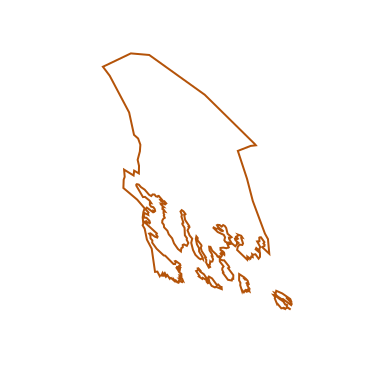 Osen nor, Sør-Trøndelag, Norway (Natural Earth projection), rotated 231°
{"feature_id": "86288312B40278854732862", "entity_name": "Osen nor", "entity_type": "district", "adm_level": 2, "iso_a3": "NOR", "parent_name": "Norway", "parent_adm1": "Sør-Trøndelag", "projection": "natural_earth1", "projection_center": [10.507, 64.296], "detail": "fine", "context": "isolated", "style": "outline", "palette": "amber", "viewbox_px": 384, "rotation_deg": 231, "n_neighbors": 0, "source": "geoboundaries", "source_scale": "gbopen_adm2", "svg_char_len": 6084}
<svg xmlns="http://www.w3.org/2000/svg" viewBox="0 0 384 384"><g transform="rotate(231 192 192)"><path d="M345.4,201.6L334.1,201.2L293.4,193.2L272.9,182.9L267.5,183.8L261.2,181.6L256.4,177.1L251.2,170.0L245.7,167.3L239.9,162.4L245.0,160.5L241.6,157.0L252.1,153.3L246.1,149.2L244.6,146.7L238.3,141.2L220.5,144.6L209.1,144.9L207.1,141.7L203.3,137.7L198.0,134.2L197.2,132.7L193.2,132.1L183.4,127.0L173.3,125.0L153.2,113.0L151.9,115.0L147.0,114.0L147.3,114.6L146.3,115.7L147.4,117.8L145.0,116.9L144.4,118.1L144.9,118.5L142.5,118.3L142.7,119.2L146.0,119.0L146.2,119.9L144.1,119.5L143.3,119.9L143.2,120.6L139.4,120.2L139.7,120.6L138.3,121.0L138.3,121.6L134.7,122.2L135.5,122.8L132.8,122.8L132.5,123.2L134.6,123.7L131.1,123.7L130.0,124.4L130.2,125.0L132.0,125.4L130.8,125.5L131.3,126.1L127.4,128.0L129.0,127.9L128.6,128.5L130.1,128.7L128.7,129.1L130.6,129.7L131.4,129.2L131.5,128.1L132.6,127.8L132.3,128.2L132.8,128.4L131.9,128.7L132.4,129.8L135.1,130.0L134.3,131.0L133.5,131.0L135.1,132.2L137.3,131.6L139.1,131.7L138.1,132.0L139.2,132.7L140.0,132.5L139.7,132.0L142.7,132.2L142.6,132.8L143.2,133.3L142.7,133.9L138.6,132.9L139.9,134.4L141.0,134.3L140.7,135.5L142.6,135.7L142.4,136.9L143.6,137.3L148.7,135.9L148.9,135.3L147.8,135.3L146.6,133.5L147.6,132.3L159.4,131.1L160.5,130.1L170.1,128.8L177.7,129.2L179.3,130.7L182.0,130.6L184.4,132.3L186.6,132.5L186.0,133.7L180.7,135.0L178.5,136.3L179.0,137.2L181.4,137.4L181.9,138.6L197.8,136.2L198.7,136.7L198.1,138.1L196.1,138.2L195.8,139.0L194.4,139.3L194.5,140.0L196.5,140.8L200.6,140.4L202.4,138.4L203.0,138.5L203.4,139.6L204.5,139.4L205.2,142.0L201.8,143.6L202.9,144.1L203.4,145.3L207.2,145.0L208.0,145.6L208.3,147.1L200.7,149.0L200.5,149.5L201.6,150.1L200.4,150.7L200.4,151.4L202.3,152.3L204.5,152.4L206.4,151.0L208.6,151.2L210.0,152.4L209.0,153.3L212.0,153.6L217.8,152.4L218.9,150.7L231.9,152.7L232.8,153.4L232.8,154.1L231.2,155.3L228.0,155.4L223.6,156.7L216.8,156.9L214.5,157.8L214.9,159.8L213.6,161.3L211.4,161.2L210.0,162.2L210.3,163.2L209.9,163.7L205.3,163.8L205.6,163.3L204.8,162.9L205.4,162.4L204.0,162.3L202.3,164.7L199.3,164.8L199.3,163.4L200.4,163.4L200.3,162.8L201.6,162.4L201.3,161.9L202.4,160.7L201.6,160.8L201.7,160.1L198.4,160.5L199.1,159.9L197.4,158.3L196.8,158.5L197.1,158.9L193.8,158.7L195.0,157.9L193.4,156.5L191.8,156.1L191.3,155.1L189.1,154.6L189.3,153.1L188.6,151.1L186.9,149.5L184.4,149.5L182.1,148.1L177.4,148.5L173.7,147.3L168.5,147.4L163.4,145.7L156.6,145.2L152.8,146.0L155.0,148.3L154.8,150.0L156.7,151.5L156.3,152.8L153.4,154.1L154.7,157.1L158.2,157.8L159.3,159.0L162.8,159.2L168.9,163.7L172.9,164.2L173.7,164.7L173.5,165.8L174.1,166.2L179.5,168.3L180.6,169.8L184.1,170.8L184.4,172.6L182.3,173.2L178.0,173.0L179.4,172.7L179.3,171.6L174.6,169.1L167.3,168.4L166.5,168.0L166.8,167.5L166.3,167.5L165.0,164.4L159.7,162.8L155.6,162.8L153.0,159.4L146.3,156.3L141.0,155.1L136.3,155.6L134.4,156.3L134.0,158.2L132.9,158.2L134.5,159.1L141.3,160.1L143.9,162.1L148.2,162.9L153.2,165.5L154.8,167.5L152.7,167.5L151.1,165.9L145.1,165.9L144.1,165.5L143.2,163.8L140.1,162.4L132.5,161.6L132.6,160.8L130.1,160.3L128.3,158.6L122.6,157.5L122.3,158.9L124.7,159.5L124.6,160.4L126.5,162.4L126.0,162.4L125.2,164.1L126.5,166.1L129.6,166.9L129.2,167.5L131.2,168.4L135.5,168.9L138.7,170.9L137.8,171.8L133.8,170.8L128.0,171.6L125.6,171.2L124.8,171.7L125.0,172.6L123.1,172.6L123.6,174.9L125.3,175.3L123.8,176.7L126.2,175.7L126.7,177.8L127.2,177.8L126.4,178.5L125.3,178.5L124.3,177.3L122.9,177.6L123.3,178.0L124.8,178.8L126.7,178.6L128.9,177.7L130.6,178.9L129.1,181.3L126.6,183.4L126.1,185.4L125.0,185.5L128.8,186.6L128.1,186.8L128.0,188.3L126.8,190.3L127.8,190.2L129.7,188.7L129.7,188.0L132.3,186.6L134.2,186.8L136.0,189.2L138.8,189.7L144.7,186.8L150.6,186.1L150.8,186.6L148.0,187.7L147.4,189.3L143.6,190.2L141.6,191.7L148.0,190.3L150.5,190.5L150.4,191.2L148.9,192.7L146.4,193.3L146.7,195.4L144.9,196.1L142.5,195.9L137.2,193.4L132.0,194.3L132.3,192.6L133.2,191.9L132.4,191.4L127.2,190.6L122.6,191.5L123.2,194.3L125.0,195.5L122.3,196.3L127.1,195.4L128.8,196.0L128.8,196.8L127.0,197.5L126.8,198.3L129.5,198.3L129.0,201.0L129.8,201.0L127.0,202.7L125.1,202.5L125.8,202.1L125.5,201.4L119.9,199.3L119.2,197.8L121.2,195.8L120.5,192.9L118.6,190.6L104.7,192.3L106.0,193.5L105.0,193.8L106.6,194.5L103.4,195.4L104.5,197.4L103.2,198.2L105.7,199.6L104.9,199.8L103.7,202.1L98.3,201.8L98.8,204.0L101.8,206.5L107.4,205.4L108.0,206.7L103.6,207.4L105.5,208.6L106.2,210.4L111.9,211.4L111.5,211.7L112.3,212.0L111.3,213.4L114.2,215.6L114.1,216.2L113.4,217.1L107.5,216.7L107.0,215.1L105.5,215.3L104.5,214.4L105.0,211.9L95.4,213.2L107.6,221.4L113.8,222.5L146.8,233.6L167.7,243.1L195.1,253.5L190.9,266.6L188.1,271.0L189.5,271.0L259.5,263.1L325.4,245.0L338.2,231.7L345.4,201.6ZM57.3,189.4L51.1,187.5L51.1,188.1L45.4,188.2L44.6,189.6L43.0,190.5L43.6,190.8L42.5,191.5L42.2,193.4L38.6,194.7L42.7,193.5L44.9,194.2L43.5,194.6L44.6,194.8L46.0,193.6L49.2,194.1L53.6,192.9L54.1,193.7L52.5,194.1L51.6,195.3L41.7,197.9L42.2,199.0L44.9,199.3L50.9,198.8L45.7,200.6L47.0,201.0L56.4,198.3L62.2,195.3L60.6,193.3L61.5,192.8L58.2,192.6L54.2,193.4L53.9,192.7L59.6,191.4L60.7,190.5L58.0,190.5L57.3,189.4ZM109.8,165.1L101.1,164.7L98.2,167.2L99.3,168.8L98.6,169.4L101.4,171.8L110.1,172.1L109.9,173.5L111.1,173.9L118.7,174.0L119.6,172.8L122.3,171.3L120.5,169.9L114.3,169.7L113.7,167.6L112.5,166.5L109.0,165.7L110.1,165.6L109.8,165.1ZM89.2,170.8L83.1,168.4L83.6,169.2L81.4,169.2L82.1,171.6L80.2,171.6L79.9,172.3L81.5,172.7L81.2,173.3L78.8,174.1L80.6,174.8L80.1,175.2L80.6,175.8L84.1,176.0L83.3,176.3L84.9,176.4L84.9,177.3L86.8,177.1L86.7,178.2L85.8,178.5L88.1,179.4L90.5,179.2L90.5,178.2L91.9,178.1L91.6,179.0L92.7,178.9L98.5,177.0L93.7,173.0L91.0,172.5L89.2,170.8ZM115.4,151.0L111.0,148.8L106.7,148.2L103.4,149.8L103.3,150.9L97.8,154.0L99.6,155.2L100.2,154.5L103.7,154.1L103.8,152.8L112.2,153.2L115.7,151.9L115.4,151.0ZM127.4,148.1L128.0,145.5L122.1,145.0L122.1,144.1L118.0,145.3L118.5,146.3L114.6,147.8L113.0,146.9L110.3,147.0L115.1,149.0L120.5,149.5L124.9,148.3L126.3,148.3L124.6,148.7L125.2,149.1L128.8,148.9L129.0,148.4L127.4,148.1Z" fill="none" stroke="#b45309" stroke-width="2"/></g></svg>